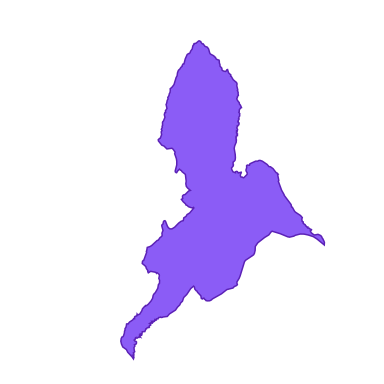 Kakonko, Kigoma, United Republic of Tanzania, rotated 343°
{"feature_id": "72390352B1364689767312", "entity_name": "Kakonko", "entity_type": "district", "adm_level": 2, "iso_a3": "TZA", "parent_name": "United Republic of Tanzania", "parent_adm1": "Kigoma", "projection": "natural_earth1", "projection_center": [30.86, -3.21], "detail": "fine", "context": "isolated", "style": "filled", "palette": "violet", "viewbox_px": 384, "rotation_deg": 343, "n_neighbors": 0, "source": "geoboundaries", "source_scale": "gbopen_adm2", "svg_char_len": 6043}
<svg xmlns="http://www.w3.org/2000/svg" viewBox="0 0 384 384"><g transform="rotate(343 192 192)"><path d="M290.0,248.7L288.9,246.2L285.0,241.5L284.4,240.2L283.5,235.9L282.8,235.4L283.1,233.3L282.9,232.4L279.2,222.2L279.3,221.5L278.2,216.5L277.7,207.0L278.4,206.3L279.0,200.3L279.6,200.2L278.9,198.7L278.1,198.1L276.3,193.3L274.4,190.8L273.0,190.2L271.9,187.6L268.3,183.1L266.4,181.7L265.3,181.4L263.8,181.7L261.9,181.1L255.7,181.9L254.8,183.2L252.7,182.4L251.9,182.8L251.4,184.7L250.0,186.8L249.9,187.9L250.4,189.8L249.8,191.3L245.9,193.4L245.2,193.4L244.4,192.4L243.3,192.1L243.1,191.5L243.0,190.5L243.7,189.0L244.8,188.0L244.8,187.4L241.8,187.3L241.4,185.8L240.7,185.3L239.8,185.3L239.2,185.6L239.1,186.2L237.1,184.7L236.6,182.1L236.8,180.6L239.1,179.1L239.5,178.2L239.3,178.1L240.0,175.5L241.8,174.7L242.6,174.0L243.5,172.0L244.3,168.8L245.1,162.6L246.3,160.4L249.0,157.1L249.4,155.2L249.7,155.2L249.8,153.5L250.2,153.1L250.0,152.5L250.6,151.6L251.9,151.4L251.8,150.4L252.5,149.9L251.8,148.6L252.3,147.1L252.4,146.8L252.8,147.4L253.9,145.5L253.5,143.8L255.3,142.0L255.1,141.9L256.3,141.5L256.7,141.0L257.2,139.8L256.5,138.7L256.6,137.8L257.0,137.8L257.5,136.7L258.3,136.1L258.4,135.5L258.1,135.2L259.2,133.6L259.9,133.2L260.1,132.0L260.6,131.2L260.1,129.4L260.6,129.1L261.3,127.2L263.1,125.9L264.0,125.8L263.7,123.1L263.1,121.8L263.3,120.2L262.7,119.0L262.0,116.5L262.2,115.5L262.9,115.2L263.3,114.0L264.6,113.2L264.9,111.2L265.3,110.1L265.0,108.3L265.6,107.9L265.9,103.5L266.7,101.8L266.6,100.4L264.2,96.6L263.4,93.2L262.8,92.6L263.4,91.5L261.8,88.7L261.8,85.3L261.1,85.3L260.0,86.3L259.2,86.5L257.4,85.5L256.4,84.3L256.7,82.2L255.6,79.9L256.0,78.3L255.9,76.6L256.4,74.7L256.4,73.8L254.7,72.6L253.9,71.6L253.8,70.0L253.0,69.3L252.7,68.2L249.9,65.4L249.6,64.1L249.7,60.2L249.0,58.0L247.0,56.5L246.0,53.6L245.2,53.4L244.3,51.5L244.4,50.7L243.2,49.6L242.5,49.5L239.4,50.9L237.4,50.7L236.9,51.1L237.0,51.5L235.6,52.4L234.0,55.3L231.7,57.0L231.1,58.0L230.0,58.8L229.2,58.6L227.6,59.1L224.4,62.8L221.8,67.1L221.0,66.9L219.6,68.1L219.3,69.0L217.9,69.5L216.1,71.0L215.0,71.4L214.2,72.1L212.9,73.9L211.8,76.4L210.2,78.0L206.2,84.0L203.7,85.8L201.2,87.0L201.1,88.1L200.1,90.4L199.1,91.3L198.1,93.1L196.5,94.5L196.3,96.0L195.1,97.1L193.6,99.9L192.8,100.7L192.5,104.8L190.3,106.6L190.0,108.3L189.1,108.3L188.1,110.0L188.0,112.6L185.4,115.8L184.5,116.3L184.1,116.9L183.3,119.8L182.6,120.3L182.6,121.3L181.0,123.1L181.3,124.5L180.1,125.5L179.7,128.3L177.3,131.4L176.6,131.3L175.0,132.1L174.8,133.3L176.8,138.4L178.6,139.8L180.6,143.5L185.6,144.3L186.5,145.7L187.5,148.9L186.6,150.3L186.8,155.6L186.4,158.2L185.3,161.7L182.1,166.9L181.9,167.9L182.6,169.0L183.0,169.0L184.6,167.6L186.7,166.5L187.4,167.8L188.1,168.4L188.4,169.6L190.6,172.9L190.8,173.3L189.6,179.9L188.5,182.3L188.2,185.0L189.0,187.0L190.9,190.0L189.2,190.0L184.7,192.4L183.0,192.3L181.9,192.9L181.5,193.7L181.2,195.6L179.7,195.9L180.7,198.7L182.3,201.4L182.4,202.6L183.5,203.5L184.3,205.0L186.7,206.8L188.2,207.4L189.0,207.2L189.1,207.8L183.6,211.4L180.7,212.1L179.1,213.6L176.6,214.3L175.3,216.8L173.0,216.8L170.2,217.8L165.1,220.6L162.0,221.4L160.1,220.8L159.0,219.3L158.5,217.6L158.1,212.2L157.7,211.5L157.0,211.4L156.1,211.9L154.9,214.1L153.7,214.6L153.2,215.4L153.0,220.3L151.2,222.6L150.8,224.7L150.0,225.6L148.0,226.3L145.8,228.1L144.4,228.2L137.8,231.4L135.7,231.9L133.0,231.9L131.4,235.1L131.0,235.3L131.0,236.4L125.8,243.3L125.4,243.2L124.4,243.8L123.5,245.8L126.0,249.7L126.0,251.8L126.8,254.3L126.4,255.3L126.6,256.5L129.3,255.8L133.3,257.9L134.0,258.4L134.2,259.2L134.5,258.9L135.2,259.2L136.5,261.3L136.3,262.6L135.0,264.9L135.2,266.9L134.2,269.8L132.9,270.6L131.1,274.1L127.4,277.6L126.2,278.1L124.7,279.4L123.2,282.2L120.9,284.3L117.3,286.6L115.4,287.3L114.5,287.0L114.1,287.6L113.5,287.4L110.5,289.2L109.2,291.0L106.3,293.5L104.1,293.7L103.8,292.7L103.0,294.3L101.3,294.3L100.6,294.7L100.0,296.4L99.2,296.0L97.9,297.0L94.2,298.1L92.3,299.5L91.2,299.0L90.7,299.2L90.5,300.0L89.1,302.3L88.1,302.9L87.5,304.6L86.8,305.3L86.1,307.1L84.4,309.6L83.4,310.3L82.6,310.2L81.4,311.5L80.3,313.9L80.1,316.9L80.5,320.0L83.2,323.5L83.7,326.5L86.5,332.2L87.2,334.5L88.2,333.0L88.1,331.4L87.8,330.8L88.7,331.0L89.1,329.7L88.9,328.7L90.5,328.0L90.5,326.5L91.0,323.8L92.4,322.6L92.3,321.2L93.9,321.1L94.5,320.7L95.1,319.2L94.8,318.5L93.8,317.8L93.4,316.7L94.7,316.2L95.1,315.1L95.9,314.8L95.9,315.4L97.1,315.7L98.0,315.2L98.9,315.6L99.4,314.9L100.2,315.6L99.9,314.4L100.0,313.4L100.8,313.4L101.0,314.2L101.7,314.3L101.8,313.9L101.2,312.7L101.9,312.7L102.5,313.4L103.6,311.1L106.1,311.7L108.0,309.3L108.6,309.5L109.3,308.8L110.0,308.7L111.2,309.1L111.7,308.8L111.6,308.2L112.4,307.2L112.9,307.4L113.7,307.1L113.8,305.7L113.2,305.3L115.3,304.8L115.1,305.6L115.7,305.8L116.5,304.5L116.1,304.0L117.0,304.2L117.0,304.9L117.8,304.4L118.3,304.7L118.7,304.0L119.3,304.0L119.3,303.2L120.5,303.9L120.8,303.0L121.9,302.9L122.3,303.4L123.5,302.3L124.9,302.6L125.3,302.4L126.4,303.2L128.0,303.1L132.0,303.8L134.8,302.0L141.7,300.1L144.4,297.9L147.3,296.4L148.8,294.7L150.9,293.7L153.2,290.5L157.0,288.5L162.5,284.0L166.0,282.5L166.5,283.4L166.3,285.6L167.1,287.6L167.7,288.1L168.0,289.6L170.1,293.8L169.8,296.6L170.7,297.3L171.0,297.0L172.3,297.0L172.4,297.8L173.5,299.3L173.6,299.9L174.8,300.6L177.2,301.2L179.0,300.9L180.3,300.2L190.4,298.0L196.8,295.5L203.1,295.8L204.8,294.8L207.2,294.5L208.3,293.9L208.3,292.2L208.8,291.0L211.7,288.5L213.5,286.3L221.9,273.9L223.4,272.9L232.5,270.1L233.7,269.0L235.3,266.3L236.6,262.6L240.1,259.8L248.2,256.7L252.9,255.5L255.8,253.4L257.1,252.9L264.1,257.6L270.4,262.8L272.1,263.7L276.5,264.0L278.1,263.6L283.1,263.8L286.8,265.0L290.6,267.1L295.0,270.2L297.8,273.5L303.0,281.3L303.9,278.9L303.8,277.4L303.4,274.8L303.0,273.8L303.0,272.9L302.4,271.3L300.1,269.3L296.9,269.0L296.0,268.5L294.2,266.0L293.7,263.8L295.1,263.3L295.3,262.9L293.7,261.5L293.4,260.8L292.2,260.3L292.0,259.9L292.5,259.4L291.6,258.9L291.1,257.7L290.7,257.5L290.7,256.4L289.2,254.6L289.6,253.1L288.8,252.4L289.1,250.0L290.0,248.7Z" fill="#8b5cf6" stroke="#5b21b6" stroke-width="1.5"/></g></svg>